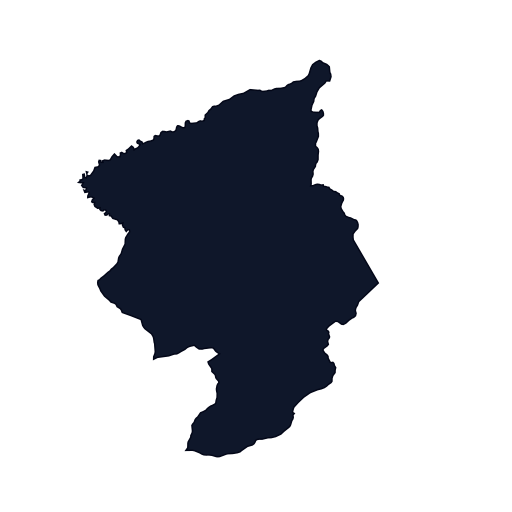 Cláudia, Mato Grosso, Brazil, rotated 238°
{"feature_id": "56859067B53705910959372", "entity_name": "Cláudia", "entity_type": "district", "adm_level": 2, "iso_a3": "BRA", "parent_name": "Brazil", "parent_adm1": "Mato Grosso", "projection": "natural_earth1", "projection_center": [-55.012, -11.48], "detail": "fine", "context": "isolated", "style": "filled", "palette": "ink", "viewbox_px": 512, "rotation_deg": 238, "n_neighbors": 0, "source": "geoboundaries", "source_scale": "gbopen_adm2", "svg_char_len": 6145}
<svg xmlns="http://www.w3.org/2000/svg" viewBox="0 0 512 512"><g transform="rotate(238 256 256)"><path d="M318.9,109.1L317.5,107.8L315.8,106.9L314.6,106.6L311.2,106.4L308.6,105.9L302.2,106.3L296.3,108.2L293.8,108.6L290.9,111.0L289.2,111.7L286.6,111.4L283.4,113.0L281.8,113.2L279.0,112.7L271.9,118.3L263.0,124.9L257.1,123.1L255.0,123.1L253.2,123.3L245.3,126.2L242.0,126.1L240.1,125.5L236.8,124.0L235.3,123.6L228.1,119.8L226.6,118.4L224.8,115.9L222.7,114.5L222.3,118.7L217.6,129.1L216.3,134.5L215.0,137.0L214.8,139.3L214.8,141.9L214.5,146.2L214.9,148.7L214.8,150.4L214.5,152.1L213.0,156.4L210.3,157.2L207.3,158.5L205.6,161.1L205.0,163.1L202.7,168.0L201.6,170.0L200.4,171.1L196.7,171.4L194.7,172.1L192.3,173.3L191.6,163.4L191.6,159.2L189.5,158.7L183.9,158.9L181.4,157.4L177.6,158.4L176.1,158.3L174.5,157.6L173.1,157.4L169.9,158.0L168.1,157.4L167.8,156.0L166.8,154.4L164.2,152.0L162.6,151.2L160.1,150.3L156.6,148.0L154.7,145.8L152.4,143.8L152.2,142.3L152.4,139.6L152.7,138.2L152.6,135.5L152.3,133.7L151.7,131.8L151.9,128.7L152.4,125.9L150.3,121.2L150.1,119.4L149.5,117.8L147.6,115.3L147.1,113.5L146.3,111.9L141.1,109.3L139.7,108.0L138.3,105.7L136.8,104.6L134.2,99.9L133.2,99.0L130.9,97.5L129.5,96.5L128.3,93.6L125.0,99.1L123.5,100.7L119.1,103.9L116.5,105.3L115.0,106.5L113.6,108.4L112.4,110.5L110.4,113.0L106.9,116.1L106.0,117.3L105.2,118.9L103.8,125.9L103.3,127.3L100.9,131.6L99.1,135.9L98.4,138.7L98.7,140.6L99.1,147.9L97.7,152.8L97.9,154.9L98.8,156.7L99.7,157.9L99.9,159.4L99.1,161.5L97.4,164.3L95.6,169.7L93.9,172.7L92.5,176.9L91.8,182.7L92.6,186.8L93.5,194.1L94.4,195.7L97.4,199.1L98.3,200.9L99.5,202.1L101.5,203.0L102.2,205.0L103.9,204.1L105.0,204.9L106.9,206.9L107.8,208.2L109.5,214.2L111.0,221.5L111.4,228.6L111.3,230.2L110.0,237.4L108.8,241.0L108.2,244.2L108.3,247.0L108.7,248.9L108.9,252.6L109.5,254.0L112.0,255.6L113.9,257.8L115.2,261.2L117.3,262.6L119.1,264.4L121.5,264.4L123.6,265.1L125.1,264.8L125.7,263.2L126.8,262.6L131.1,263.0L132.8,263.9L134.6,263.8L137.3,262.8L140.9,262.8L141.8,264.5L142.1,268.7L142.7,270.5L145.6,271.4L147.1,272.9L147.5,274.3L148.4,275.5L151.7,276.3L152.7,277.3L153.9,277.5L155.4,276.6L156.7,276.9L157.3,278.3L158.0,281.1L158.6,288.9L157.0,290.8L152.9,292.4L151.7,293.8L151.5,296.7L152.3,300.9L152.5,304.7L152.2,306.3L152.6,308.7L154.4,310.5L156.9,311.2L158.2,312.2L159.4,313.6L160.5,315.9L162.9,318.9L168.3,345.4L218.1,347.0L220.6,348.2L223.3,350.0L224.6,353.1L225.5,356.7L226.6,357.9L228.5,359.2L230.4,359.8L232.3,360.0L233.6,359.7L234.9,358.3L238.1,356.4L239.5,355.0L242.1,353.2L243.7,353.0L245.6,353.5L247.4,353.2L251.0,353.3L253.0,354.0L255.4,356.7L256.4,358.3L257.0,359.5L258.1,360.5L259.5,361.0L261.1,360.7L263.2,359.1L264.7,359.5L266.8,358.2L268.3,357.7L269.7,355.9L271.6,355.3L273.8,354.1L275.6,354.2L276.5,353.0L278.1,351.7L279.3,350.1L280.7,350.7L281.6,348.8L283.2,347.5L284.4,346.0L285.0,344.2L285.4,341.6L286.5,339.5L287.8,340.9L291.7,343.2L292.8,344.4L293.7,346.2L295.2,347.8L297.7,349.1L299.0,350.5L300.5,353.8L301.8,354.8L302.9,356.1L303.3,357.6L304.9,359.7L308.7,362.1L311.6,364.4L313.6,365.3L315.6,365.2L317.5,364.6L320.1,366.2L320.9,367.6L324.4,372.3L326.9,373.8L328.9,374.5L331.9,376.1L334.1,376.7L336.1,377.9L337.1,378.8L338.5,380.8L338.9,382.7L339.2,386.6L339.7,387.8L341.2,388.7L343.2,389.3L345.1,389.1L345.2,387.7L344.2,385.9L345.7,383.5L347.8,380.5L349.6,379.5L350.9,380.1L354.3,383.4L356.5,386.8L358.8,388.7L360.0,391.2L362.9,394.6L365.1,398.8L366.2,406.0L367.3,408.4L365.4,411.2L368.3,414.6L370.7,415.7L372.6,415.9L377.6,418.4L379.0,418.1L381.0,417.5L384.7,414.9L386.4,414.6L388.2,413.4L388.6,409.3L388.2,405.4L386.4,402.3L382.4,397.8L381.2,395.9L380.5,391.6L380.6,387.5L381.1,385.6L382.6,382.9L383.8,379.9L383.5,378.0L383.7,375.9L384.2,374.3L384.1,372.5L383.6,371.0L383.6,369.6L385.0,365.9L387.2,362.1L387.8,360.3L388.2,356.8L389.7,354.6L390.2,352.5L391.8,349.2L392.6,348.1L394.5,347.1L395.4,345.4L400.2,339.1L400.5,331.7L402.3,326.8L403.3,322.3L402.8,316.6L404.5,310.2L403.5,304.5L404.2,301.3L405.2,299.9L405.6,298.3L404.6,295.8L404.2,293.2L403.1,291.2L402.4,287.6L400.2,286.3L399.6,284.7L398.3,284.0L398.8,281.7L400.1,280.3L400.4,278.5L400.2,276.4L402.5,271.7L404.0,270.0L405.9,270.7L406.9,270.0L407.3,268.1L406.3,266.6L403.4,264.7L402.7,263.5L403.4,262.1L404.6,261.1L405.9,260.5L407.3,259.5L408.0,258.4L407.3,257.0L405.9,255.7L404.9,254.5L404.7,252.4L405.5,250.7L407.3,249.6L408.6,245.8L410.1,244.3L411.2,242.8L411.0,240.8L409.7,239.2L408.9,237.7L409.9,236.1L411.5,234.4L411.4,233.0L409.8,231.9L408.7,230.5L409.3,227.5L410.3,225.2L410.7,222.9L410.8,221.2L411.2,219.4L413.2,219.7L414.6,218.7L416.4,218.2L416.7,216.8L415.8,215.4L414.5,215.2L413.2,216.1L411.8,216.7L410.8,214.6L410.4,212.9L410.7,210.9L410.6,208.9L411.7,209.4L413.4,209.4L415.2,208.7L414.3,204.6L414.2,201.9L412.2,201.2L412.3,199.1L413.2,197.9L415.0,197.0L415.2,195.5L413.7,194.8L412.2,193.0L413.6,190.8L417.5,190.0L416.5,186.6L414.7,183.3L415.1,181.6L417.6,178.4L418.0,176.2L416.6,175.8L417.6,174.1L419.3,174.8L420.2,173.7L419.2,172.5L416.0,171.5L415.2,169.5L416.4,166.4L414.1,163.5L412.0,158.3L412.6,156.4L414.1,155.7L412.1,153.6L413.3,152.4L416.5,153.7L416.9,152.3L413.2,150.3L413.0,148.6L413.7,147.1L412.7,146.4L412.4,144.6L410.8,146.5L409.6,148.5L408.9,147.4L408.3,145.6L405.6,145.8L404.5,147.5L403.4,148.3L402.5,147.4L401.7,145.8L402.8,145.0L400.6,144.6L399.2,148.0L398.0,148.1L396.1,145.3L394.7,144.3L393.9,146.9L392.8,148.3L390.9,149.3L390.3,146.9L389.0,145.4L387.9,145.9L386.9,147.7L385.5,146.1L383.4,145.7L380.3,147.1L379.5,149.4L378.2,148.3L376.6,148.7L375.3,150.1L375.7,151.6L374.5,152.9L373.1,152.9L372.4,151.6L372.2,149.9L370.6,149.7L369.8,151.2L370.2,152.9L369.6,154.1L367.9,153.1L366.7,154.4L363.8,154.5L360.1,157.7L357.6,157.8L355.8,157.1L355.0,158.7L354.6,160.6L353.1,159.2L350.7,158.8L349.5,159.8L347.5,158.9L345.6,159.0L346.3,161.3L345.4,162.5L343.4,161.7L342.7,159.5L340.6,155.3L339.5,154.1L335.4,151.3L332.5,146.4L329.5,143.1L328.8,141.7L328.1,139.9L327.1,138.5L323.9,135.7L323.0,133.8L321.7,128.7L321.5,126.4L320.7,124.2L320.6,122.0L319.6,116.3L319.3,112.7L318.7,110.7L318.9,109.1ZM415.6,156.2L416.3,157.7L417.3,156.8L415.6,156.2Z" fill="#0f172a" stroke="#020617" stroke-width="1.5"/></g></svg>